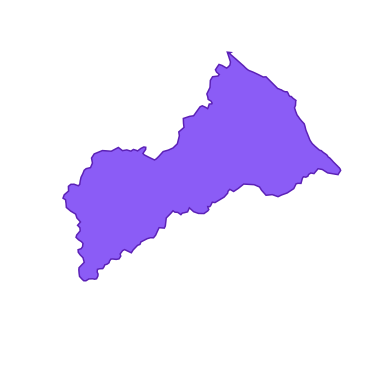 the district of Ansina, Tacuarembó, Uruguay, rotated 41°
{"feature_id": "84410073B28214065612775", "entity_name": "Ansina", "entity_type": "district", "adm_level": 2, "iso_a3": "URY", "parent_name": "Uruguay", "parent_adm1": "Tacuarembó", "projection": "natural_earth1", "projection_center": [-55.347, -31.995], "detail": "fine", "context": "isolated", "style": "filled", "palette": "violet", "viewbox_px": 384, "rotation_deg": 41, "n_neighbors": 0, "source": "geoboundaries", "source_scale": "gbopen_adm2", "svg_char_len": 4610}
<svg xmlns="http://www.w3.org/2000/svg" viewBox="0 0 384 384"><g transform="rotate(41 192 192)"><path d="M126.9,63.3L131.3,65.9L135.7,68.6L137.3,71.2L137.3,73.5L136.9,75.7L135.3,76.1L131.6,76.8L128.7,78.0L129.0,80.9L129.5,84.4L131.9,85.4L135.5,85.4L135.5,87.5L131.9,91.5L132.6,95.7L137.0,101.3L138.9,108.3L141.1,109.6L143.5,111.5L146.8,110.9L148.8,111.7L149.1,112.5L147.3,114.3L148.1,116.2L148.8,117.8L149.1,118.8L146.6,119.2L143.2,120.2L142.2,122.4L143.2,133.4L140.5,136.6L137.2,142.2L140.5,145.7L143.6,148.5L142.6,155.3L145.6,157.9L149.3,165.2L148.8,171.2L146.7,175.8L143.7,180.4L143.6,186.8L143.3,190.5L142.7,192.4L136.6,194.1L131.7,195.3L129.7,195.1L129.4,193.1L129.1,190.3L127.8,188.6L126.1,189.6L124.8,192.7L124.0,196.7L122.4,197.2L119.9,198.3L119.1,201.2L117.9,201.8L115.2,203.0L112.4,206.4L107.2,206.7L104.3,214.2L97.2,219.5L93.2,227.4L93.9,232.3L97.9,235.5L99.4,240.2L96.8,243.8L96.4,246.4L97.6,249.8L98.6,253.7L100.3,256.8L102.3,259.9L102.1,261.9L97.9,263.5L95.5,265.7L95.0,268.8L98.2,272.3L97.4,277.9L98.7,281.3L101.6,280.8L104.4,283.2L107.3,286.1L113.0,286.0L118.7,285.0L122.1,287.1L127.5,287.8L127.5,292.2L130.8,292.5L133.1,294.7L133.2,300.1L134.2,302.3L135.9,302.4L137.8,302.5L141.1,302.0L143.4,302.3L145.3,305.1L145.5,307.5L143.9,310.3L145.7,312.1L148.8,312.8L152.8,313.1L156.8,315.8L156.4,323.2L157.6,324.9L160.0,327.3L162.5,329.5L165.9,329.9L168.5,330.0L170.2,328.6L171.2,325.3L173.8,322.8L175.8,321.6L176.9,320.1L176.1,317.1L174.9,315.5L172.9,314.6L171.4,312.4L172.5,310.7L174.9,308.4L174.7,306.4L174.0,304.2L175.3,302.1L175.8,299.8L175.1,298.3L174.8,295.9L176.2,294.5L179.0,292.6L180.8,290.4L180.3,287.1L178.4,285.9L178.1,281.8L178.9,279.7L186.1,277.7L185.6,274.4L185.9,268.0L187.1,265.7L186.2,263.2L188.8,256.7L190.6,253.8L193.0,251.8L192.9,248.5L191.2,242.8L190.6,240.5L194.8,237.4L194.2,235.2L189.6,228.5L190.0,222.1L190.0,218.6L192.2,218.5L194.7,216.7L198.5,216.4L198.5,214.3L199.7,212.8L201.7,209.9L200.4,205.7L206.2,205.8L211.0,203.9L215.2,200.4L216.3,196.0L216.2,194.2L214.1,193.2L213.4,192.7L215.0,191.5L215.0,190.1L214.0,186.4L216.3,184.9L217.9,180.0L219.6,174.8L219.7,169.6L218.7,167.8L218.8,165.2L223.1,164.3L224.6,158.8L225.8,152.1L234.1,145.7L239.7,143.9L243.2,145.0L250.0,145.9L254.3,141.3L260.0,139.1L261.6,135.4L264.5,130.2L266.6,122.7L265.2,117.5L266.3,115.9L268.6,114.0L267.5,111.7L266.3,109.2L266.1,107.4L268.2,106.1L269.1,104.1L268.5,102.3L269.2,99.7L272.0,98.1L271.9,91.7L275.6,89.5L281.8,88.6L290.8,83.1L290.7,82.9L290.7,82.4L290.5,81.6L290.5,81.2L290.4,80.6L290.3,79.9L290.2,79.1L290.1,78.6L290.1,78.3L290.0,78.2L289.9,78.1L289.7,78.0L289.4,77.9L289.0,77.6L288.7,77.5L288.4,77.4L287.9,77.3L287.5,77.2L287.3,77.1L287.2,77.1L286.9,77.1L286.6,77.1L286.2,77.1L285.4,77.0L284.4,76.9L283.6,76.9L282.9,76.8L282.1,76.8L281.4,76.7L280.7,76.7L280.0,76.6L279.3,76.6L278.5,76.5L277.8,76.4L277.0,76.3L276.3,76.2L275.7,76.2L275.3,76.1L274.9,76.1L274.5,76.0L274.2,76.0L273.9,76.0L273.7,76.0L273.4,76.0L272.8,76.1L272.6,76.1L272.2,76.2L271.8,76.2L271.7,76.2L271.4,76.1L271.1,76.0L270.8,75.9L270.4,75.8L270.0,75.7L269.8,75.6L269.6,75.6L269.2,75.6L268.5,75.6L268.1,75.7L267.8,75.7L267.5,75.7L267.3,75.8L267.0,75.8L266.7,75.8L266.4,75.9L266.0,75.9L265.7,75.9L265.3,76.0L265.1,76.0L264.7,76.0L264.3,76.0L264.0,76.0L263.7,76.0L263.3,76.0L262.9,76.0L262.6,76.0L262.4,76.0L262.1,76.1L261.9,76.2L261.8,76.3L261.6,76.5L261.4,76.5L261.1,76.7L260.5,76.8L260.2,76.8L259.6,76.8L258.7,76.8L257.8,76.8L257.0,76.8L256.2,76.8L255.7,76.8L254.9,76.8L254.4,76.8L254.0,76.8L253.4,76.7L252.7,76.7L251.8,76.7L251.2,76.6L250.8,76.6L250.5,76.5L249.7,76.3L249.1,76.1L248.2,75.9L247.7,75.7L247.4,75.6L247.0,75.5L246.8,75.4L246.2,75.1L245.4,74.7L244.5,74.2L243.7,73.8L242.9,73.4L242.1,73.0L241.2,72.5L240.4,72.1L239.3,71.6L238.6,71.2L237.4,70.6L236.1,69.7L235.1,69.0L234.8,68.7L234.2,68.4L233.7,68.0L232.4,67.2L232.1,67.0L231.9,66.9L231.7,66.9L230.9,66.8L230.0,66.7L229.1,66.6L228.7,66.6L228.1,66.5L227.4,66.4L226.8,66.3L226.3,66.2L225.0,66.0L224.7,65.9L224.3,65.8L223.7,65.6L223.1,65.5L222.9,65.4L222.6,65.3L222.2,65.3L221.7,65.2L221.3,65.1L221.1,65.0L220.6,64.9L218.6,63.8L218.0,63.5L217.5,63.3L217.3,63.1L216.9,62.9L216.2,62.4L214.7,61.6L214.3,61.3L214.1,61.2L213.9,60.5L213.7,60.2L213.4,58.9L210.4,55.0L210.3,54.9L210.3,54.7L206.7,55.0L204.3,54.8L203.1,55.6L202.3,55.5L201.4,55.3L200.1,54.6L198.8,54.1L197.9,54.0L196.7,55.1L195.8,55.5L195.1,55.8L194.3,56.0L192.4,56.3L190.8,57.0L189.7,57.2L188.9,57.7L172.3,56.5L170.3,58.5L164.5,60.0L159.6,61.4L155.0,63.0L153.4,63.2L150.6,63.2L148.0,63.0L145.0,63.0L139.2,62.9L129.3,62.9L129.8,61.3L126.9,63.3Z" fill="#8b5cf6" stroke="#5b21b6" stroke-width="1.5"/></g></svg>